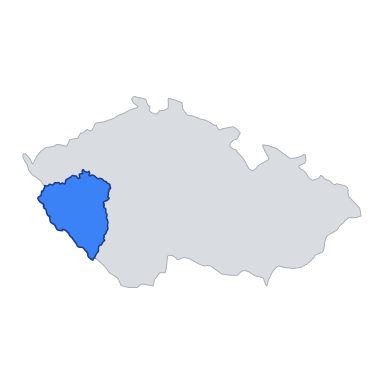 Czechia, with Plzeňský highlighted
{"feature_id": "CZE-10369", "entity_name": "Plzeňský", "entity_type": "Region", "adm_level": 1, "iso_a3": "CZE", "parent_name": "Czechia", "parent_adm1": "", "projection": "mercator", "projection_center": [13.338, 49.523], "detail": "fine", "context": "in_parent", "style": "filled", "palette": "blue", "viewbox_px": 384, "rotation_deg": 0, "n_neighbors": 0, "source": "natural_earth", "source_scale": "10m", "svg_char_len": 6574}
<svg xmlns="http://www.w3.org/2000/svg" viewBox="0 0 384 384"><path d="M361.0,216.1L359.7,216.3L356.8,217.4L353.1,217.9L349.1,217.6L346.0,219.7L343.1,223.1L340.1,225.4L338.5,227.5L337.5,229.6L327.3,235.7L325.9,238.2L324.8,241.6L324.3,246.2L323.6,250.4L321.8,252.6L316.3,254.5L314.9,255.5L313.9,257.6L310.8,260.8L307.1,263.9L300.5,267.4L293.3,268.5L284.0,267.4L278.6,266.0L275.9,267.5L272.3,272.1L268.4,280.0L266.8,285.9L265.5,284.2L263.3,277.9L260.8,277.1L257.3,276.5L254.7,275.6L249.1,272.0L246.3,270.9L243.0,270.6L239.8,272.7L237.4,275.3L230.0,275.2L221.9,274.1L210.3,265.7L207.2,265.6L204.0,266.0L198.9,264.0L189.1,258.6L184.5,257.4L181.6,258.1L178.9,259.3L177.0,259.5L175.9,257.7L172.2,255.5L168.6,255.3L167.5,256.6L166.3,268.5L165.0,272.8L160.0,272.6L158.2,274.6L154.2,280.4L153.4,285.9L146.5,284.8L143.3,283.9L140.4,284.6L137.2,287.6L128.3,287.4L121.2,285.6L118.2,278.8L115.0,276.1L110.9,273.7L109.5,273.1L107.2,269.4L103.0,264.8L96.1,258.5L90.7,258.8L88.8,257.1L87.9,254.8L85.7,250.7L83.1,247.9L80.1,246.8L75.7,243.3L69.8,235.4L64.5,230.0L59.3,230.1L56.0,227.3L52.7,223.6L50.2,220.0L46.4,211.2L43.6,206.2L41.4,203.1L39.0,200.5L38.1,198.4L41.1,193.7L42.2,191.4L43.5,189.6L44.2,187.7L44.2,186.3L41.5,181.7L37.8,178.3L32.4,174.9L29.0,170.6L27.7,166.6L27.3,164.5L24.9,161.5L23.0,157.2L23.0,154.6L23.5,153.9L25.3,153.9L27.3,155.6L30.1,159.1L32.4,164.0L33.9,162.1L36.5,156.8L41.2,150.8L46.1,147.4L50.4,147.1L53.9,146.2L56.9,144.4L62.1,145.1L65.8,146.4L67.0,145.6L68.5,142.5L69.5,139.8L77.7,138.2L80.6,133.0L82.2,133.0L84.0,132.2L85.8,130.2L87.4,129.4L88.8,130.4L90.5,131.0L92.3,129.8L95.1,123.8L96.6,122.8L103.8,121.9L113.7,118.4L118.7,115.2L123.6,113.5L128.9,110.4L137.3,107.5L137.7,106.2L133.8,103.2L132.5,101.2L131.6,99.3L133.0,97.1L134.8,96.4L137.2,97.3L144.2,98.6L146.1,99.9L146.8,103.0L148.6,105.9L150.0,106.2L149.5,110.9L151.8,112.7L155.0,114.1L157.2,113.8L158.7,111.9L159.3,110.6L163.7,110.4L168.0,108.4L168.4,105.2L168.1,99.1L168.6,98.3L175.2,100.0L181.9,102.7L182.8,108.7L184.6,111.7L186.7,114.4L188.7,115.6L192.1,115.8L201.2,119.3L205.5,120.1L210.0,122.5L213.7,125.0L216.4,125.6L217.7,128.3L219.4,130.2L222.3,128.8L233.2,126.7L237.1,129.4L239.7,132.3L240.1,133.2L238.7,135.7L238.0,137.7L236.9,139.0L233.2,140.3L231.1,142.6L229.6,145.0L230.6,147.3L233.6,149.1L235.8,149.5L236.6,151.2L243.5,158.8L248.9,168.7L251.0,170.2L253.0,170.6L255.4,169.1L258.0,165.9L261.2,163.6L263.9,162.4L268.6,159.7L268.8,157.9L264.9,151.2L262.6,145.7L263.1,144.8L268.2,145.6L276.7,148.6L289.9,158.3L292.3,158.3L296.9,157.6L301.9,156.0L304.3,154.2L305.2,154.8L306.0,160.2L304.7,163.1L298.7,165.9L299.0,167.3L300.6,169.1L303.3,170.3L306.5,173.8L308.8,177.7L310.8,179.5L313.0,180.4L318.4,178.3L320.0,176.6L320.7,175.4L321.7,175.7L323.6,177.6L324.2,178.8L329.5,180.9L332.6,183.6L334.6,184.9L336.7,183.7L345.1,185.8L347.4,187.6L348.2,190.6L347.8,192.4L349.1,197.0L359.7,208.2L360.8,213.9L361.0,216.1Z" fill="#d9dde1" stroke="#a8b0b8" stroke-width="1"/><path d="M42.7,191.6L43.1,190.4L44.2,188.3L44.7,187.1L44.8,185.6L47.2,186.1L47.7,186.0L48.0,185.8L49.4,184.4L49.7,184.3L49.9,184.2L51.4,184.8L52.3,184.9L53.0,184.8L53.2,184.6L54.7,182.8L55.1,182.7L59.0,182.7L60.1,183.9L60.3,184.0L60.6,184.0L61.9,183.1L62.3,183.0L63.8,183.7L64.6,183.8L64.9,183.8L65.1,183.5L65.8,180.2L66.0,179.8L66.3,179.6L70.9,177.0L72.0,175.8L72.5,175.5L76.2,176.1L78.0,178.2L78.6,178.4L79.3,178.4L79.6,178.3L79.8,178.1L79.9,177.8L79.3,175.5L79.2,175.0L79.2,174.6L79.3,174.3L79.5,174.1L82.4,173.5L82.7,173.3L82.6,173.0L82.3,172.1L82.2,171.7L82.1,171.2L82.2,170.7L82.3,170.3L82.7,170.0L83.2,169.7L83.7,170.3L84.2,171.0L84.5,171.4L85.0,171.6L87.2,172.2L87.9,172.2L89.0,171.4L89.6,173.0L89.6,173.3L89.6,173.7L89.4,174.1L89.2,174.5L89.0,175.1L89.0,175.4L89.2,175.6L89.5,175.8L89.8,175.8L90.0,175.8L90.5,175.6L91.6,175.1L91.8,175.0L92.1,175.0L92.8,175.3L93.6,175.4L94.5,175.9L96.9,178.2L97.3,178.5L98.2,178.6L98.9,178.6L99.6,178.4L100.0,178.4L100.5,178.4L101.5,178.7L102.0,178.9L102.4,179.2L103.8,180.7L104.1,180.9L104.4,181.1L106.0,181.6L106.4,181.8L106.6,182.1L106.6,182.4L106.7,182.8L109.4,184.1L109.8,184.6L110.0,184.9L109.9,185.2L109.9,185.6L109.9,185.9L110.0,186.3L110.5,187.9L110.6,188.3L110.5,188.5L110.3,188.8L110.1,188.8L109.9,188.9L109.4,189.0L109.2,189.0L109.0,189.4L109.0,189.7L109.0,190.4L109.0,190.7L109.0,191.0L108.9,191.3L108.3,192.8L108.3,193.1L108.3,193.3L108.4,193.8L108.5,194.1L108.5,194.5L108.0,196.2L107.9,196.6L107.9,197.1L107.9,197.3L108.1,197.4L108.5,197.6L108.9,197.8L109.0,198.1L109.0,198.3L108.9,198.7L107.6,200.0L107.2,200.4L106.9,200.6L105.4,201.0L104.8,201.2L104.2,201.6L103.6,202.2L103.3,202.5L103.2,202.9L103.4,203.2L104.2,203.9L104.2,204.2L104.1,204.4L103.7,204.6L103.4,204.9L103.4,205.0L104.1,205.4L104.2,205.6L104.2,205.8L104.2,206.0L103.9,206.3L103.7,206.5L103.8,207.3L104.0,207.6L104.3,207.8L104.5,207.9L104.7,208.0L105.1,208.2L105.5,208.7L105.7,209.1L105.8,209.6L105.7,211.5L105.8,212.3L105.9,212.7L106.1,213.1L106.6,213.7L106.9,214.2L107.0,214.7L107.0,215.2L106.9,215.9L106.7,216.6L106.6,216.8L106.5,217.1L106.5,217.8L107.2,219.4L107.9,221.9L107.9,222.5L107.9,222.9L107.5,224.4L107.5,225.6L107.6,226.5L107.8,227.9L107.9,228.5L107.8,229.0L107.6,229.5L106.7,231.1L106.2,232.1L105.9,233.1L105.7,233.6L105.6,234.0L105.3,234.2L104.5,234.7L104.3,234.9L104.0,235.2L103.9,235.5L104.0,235.7L104.2,236.5L104.2,236.9L104.2,237.2L104.0,237.5L103.7,237.9L103.5,238.2L103.5,238.5L103.6,238.8L103.8,239.0L104.5,239.8L104.7,240.3L104.6,240.6L104.4,240.8L104.0,241.0L103.4,241.3L103.0,241.8L101.7,244.3L101.2,244.9L101.0,245.1L100.8,245.1L100.2,245.0L99.7,245.2L99.2,245.8L98.5,247.5L98.4,248.6L98.4,249.4L98.5,249.9L98.5,250.2L98.5,250.9L98.3,251.4L98.1,251.8L97.0,252.8L95.9,254.7L94.8,257.0L94.8,257.7L94.5,257.6L93.8,258.0L93.3,258.8L92.8,260.1L91.7,259.6L90.1,258.4L88.6,257.1L87.9,255.9L87.9,253.8L87.3,252.4L85.2,250.3L83.7,248.2L83.1,247.7L82.1,247.3L79.0,247.2L77.6,246.3L76.8,245.0L76.2,243.5L71.5,237.1L70.8,236.8L69.2,234.9L69.0,234.1L68.9,233.4L68.7,232.8L67.8,232.4L66.4,230.9L65.6,230.3L64.8,229.9L62.9,229.3L62.2,229.6L62.4,230.6L61.5,230.7L58.5,230.2L57.5,229.9L56.7,229.1L55.1,225.4L54.1,224.3L51.8,223.2L50.8,222.4L50.2,221.3L50.0,220.1L49.8,217.5L49.8,216.2L49.4,215.9L48.9,216.0L48.3,215.8L47.8,215.3L47.4,214.7L47.0,214.0L46.7,213.1L46.5,212.2L46.3,210.4L45.9,209.6L45.4,209.0L44.2,208.4L43.7,207.7L44.0,206.9L43.6,206.7L43.4,206.6L43.9,205.7L43.8,204.7L43.4,203.8L42.7,203.5L41.1,202.7L40.3,202.2L39.6,201.5L38.5,200.0L38.0,199.0L37.8,198.2L38.4,197.0L40.4,196.1L41.2,195.3L41.4,194.1L41.4,192.4L41.7,191.3L42.7,191.6Z" fill="#3b82f6" stroke="#1e3a8a" stroke-width="1.5"/></svg>